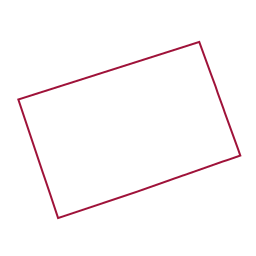 Newton, Missouri, United States of America (Robinson projection), rotated 160°
{"feature_id": "52423323B17908579345359", "entity_name": "Newton", "entity_type": "district", "adm_level": 2, "iso_a3": "USA", "parent_name": "United States of America", "parent_adm1": "Missouri", "projection": "robinson", "projection_center": [-94.466, 36.902], "detail": "fine", "context": "isolated", "style": "outline", "palette": "rose", "viewbox_px": 256, "rotation_deg": 160, "n_neighbors": 0, "source": "geoboundaries", "source_scale": "gbopen_adm2", "svg_char_len": 488}
<svg xmlns="http://www.w3.org/2000/svg" viewBox="0 0 256 256"><g transform="rotate(160 128 128)"><path d="M224.5,67.3L143.0,65.1L105.1,64.7L101.6,64.7L97.9,64.6L92.5,64.6L91.3,64.5L50.3,64.1L46.2,63.9L31.9,63.7L31.8,70.4L31.8,83.6L31.8,87.8L31.8,88.9L31.8,89.5L31.8,108.1L31.8,109.6L31.7,113.3L31.7,116.6L31.7,118.0L31.7,124.2L31.7,130.2L31.5,137.3L31.6,150.9L31.6,184.5L221.3,192.3L223.3,115.7L223.4,109.6L223.8,91.5L224.5,67.3Z" fill="none" stroke="#9f1239" stroke-width="2"/></g></svg>